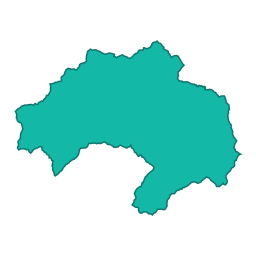 Ba Che, Quảng Ninh, Vietnam (Robinson projection)
{"feature_id": "81297802B18420716282175", "entity_name": "Ba Che", "entity_type": "district", "adm_level": 2, "iso_a3": "VNM", "parent_name": "Vietnam", "parent_adm1": "Quảng Ninh", "projection": "robinson", "projection_center": [107.168, 21.26], "detail": "fine", "context": "isolated", "style": "filled", "palette": "teal", "viewbox_px": 256, "rotation_deg": 0, "n_neighbors": 0, "source": "geoboundaries", "source_scale": "gbopen_adm2", "svg_char_len": 5762}
<svg xmlns="http://www.w3.org/2000/svg" viewBox="0 0 256 256"><path d="M178.1,56.2L177.8,56.3L177.2,55.8L176.2,55.6L174.6,55.7L172.9,56.4L171.5,57.6L171.2,57.6L171.2,57.3L169.8,54.4L169.2,53.7L168.3,53.5L168.2,51.4L167.0,50.5L165.8,50.2L165.3,49.8L163.5,48.8L163.4,48.6L163.9,47.4L163.7,46.9L162.7,46.4L160.6,43.5L159.5,43.3L158.7,42.9L157.1,41.1L156.0,42.0L154.2,42.2L152.9,42.7L151.9,44.3L151.5,45.5L149.7,47.8L148.7,48.0L147.1,48.7L145.6,48.4L144.1,47.7L143.6,47.9L143.5,48.9L142.8,50.2L139.4,50.0L137.9,51.9L137.7,53.0L135.8,53.5L134.3,54.4L132.7,56.4L130.8,58.0L129.0,58.4L128.5,58.2L126.3,56.6L124.1,56.1L122.7,54.9L121.6,55.1L118.8,56.4L117.9,56.7L116.7,57.6L115.7,57.0L113.7,56.3L114.6,54.4L114.5,54.2L113.6,54.2L112.1,53.5L109.4,53.1L105.0,54.3L103.6,53.6L102.8,53.4L101.9,52.8L101.3,52.6L99.8,51.4L97.0,50.6L96.3,50.0L95.7,49.8L93.9,49.9L92.6,50.3L90.5,49.2L88.9,50.5L87.8,51.1L87.6,51.4L87.4,52.4L87.4,53.7L87.0,54.1L86.6,55.4L86.2,59.2L86.6,60.4L86.3,61.1L85.2,62.2L84.5,62.6L81.8,63.5L80.8,63.7L80.5,63.9L79.4,65.0L79.6,66.6L78.7,67.2L77.8,68.0L77.0,69.7L75.5,69.9L74.7,69.2L74.0,68.9L71.8,69.3L69.0,68.5L67.9,68.4L65.7,70.2L65.5,71.2L64.9,72.1L64.8,73.6L64.3,74.1L63.5,75.5L61.4,77.0L61.2,78.3L61.5,80.5L61.4,80.9L60.5,81.3L58.3,81.5L56.9,82.5L55.8,82.2L55.3,82.3L54.0,83.2L50.8,84.0L50.1,83.9L50.7,86.6L50.4,89.6L50.7,90.8L48.4,94.8L47.9,95.2L46.5,95.5L45.7,97.9L43.7,99.6L42.9,101.4L41.6,101.0L39.6,102.2L39.0,102.4L38.4,103.0L37.9,104.1L37.5,104.4L36.8,104.4L35.1,103.6L34.5,104.1L33.8,105.1L32.8,105.0L31.4,104.4L29.8,104.7L28.2,104.6L27.1,105.2L25.2,105.0L24.1,105.2L23.3,105.7L21.4,106.3L20.2,107.8L17.9,108.9L15.4,111.4L15.4,111.7L16.1,112.7L16.5,113.8L16.7,116.0L16.3,117.6L16.9,118.8L17.4,120.7L18.1,121.5L19.3,122.4L20.7,122.6L21.7,123.8L21.7,125.1L22.4,126.6L22.7,128.6L22.7,129.4L22.2,130.3L22.1,130.9L21.5,131.8L20.7,133.6L20.3,138.4L18.0,141.6L18.0,142.4L18.6,144.8L18.5,145.4L17.5,147.4L17.6,148.2L18.7,149.9L20.5,148.9L24.6,148.7L26.4,149.8L28.3,149.6L28.6,149.8L28.9,151.2L29.4,152.1L30.7,153.2L31.4,152.5L33.3,149.9L34.6,148.8L35.5,148.8L36.4,148.1L37.7,147.9L38.5,147.3L39.7,146.7L41.7,146.7L41.9,148.5L42.3,150.3L43.3,150.5L43.8,151.7L44.0,151.9L45.9,152.8L47.1,154.7L48.0,154.9L48.7,155.3L49.3,156.5L49.0,157.7L50.7,158.0L51.6,159.4L51.6,160.2L51.7,160.5L52.4,160.6L53.0,160.9L52.7,163.0L52.3,164.3L52.5,165.0L52.0,166.1L52.9,167.7L52.6,170.0L53.2,170.8L53.6,172.1L54.1,173.0L54.6,175.5L55.3,175.9L57.9,174.1L60.3,171.3L61.2,171.0L62.2,170.0L63.6,167.1L64.8,166.4L65.6,164.6L67.4,164.0L68.1,163.2L68.9,162.8L69.9,161.5L73.3,159.3L74.6,159.0L75.1,158.0L75.8,157.8L77.0,156.6L78.5,154.5L79.5,149.8L80.4,148.5L81.7,148.1L85.8,147.9L86.2,147.3L87.4,146.7L88.7,143.4L90.5,143.6L93.5,143.0L95.9,143.3L96.5,143.7L98.6,143.2L99.9,143.6L101.7,143.1L104.0,141.9L104.8,142.1L105.6,142.6L106.4,143.0L107.0,143.6L107.1,144.1L107.5,144.4L108.1,144.3L110.7,144.8L111.6,145.5L112.8,146.0L113.5,147.1L115.9,147.4L116.7,146.9L118.0,147.0L118.7,146.2L120.1,145.3L120.7,145.2L123.3,146.7L124.5,147.0L126.5,148.0L127.6,147.6L128.0,147.1L129.7,146.6L130.4,146.0L130.8,145.4L130.9,146.3L131.4,147.6L131.9,148.1L133.2,148.9L133.7,149.5L134.3,151.1L134.4,152.1L136.4,153.1L137.0,154.5L138.4,156.3L138.9,156.3L140.3,155.1L141.1,155.0L142.0,157.1L142.9,157.0L143.7,157.6L145.5,160.1L146.1,161.5L146.6,162.0L148.4,162.7L150.1,164.1L151.2,164.6L153.3,166.3L153.9,167.3L153.8,168.1L152.8,170.2L149.9,172.4L147.3,174.8L146.3,176.2L145.3,177.0L143.0,182.6L142.4,182.4L142.2,182.5L141.2,186.2L140.7,186.5L139.6,186.8L137.0,188.7L136.0,190.0L134.6,192.9L134.5,193.9L135.7,196.5L135.9,197.5L135.9,198.2L135.5,199.3L134.2,200.0L133.9,202.4L133.5,203.2L132.3,204.5L132.3,205.1L132.6,205.4L133.5,205.6L134.7,206.8L135.8,207.2L137.9,207.4L138.4,207.7L138.5,210.2L138.8,211.2L139.6,212.5L140.8,213.2L142.0,213.0L143.5,212.0L146.4,212.0L147.1,212.3L148.6,213.8L151.1,214.0L152.4,214.9L153.6,213.3L155.2,212.7L155.9,212.1L157.6,209.2L162.3,209.2L163.6,209.7L164.7,209.5L165.6,208.7L166.3,207.0L166.9,206.6L167.0,205.1L166.9,203.3L167.4,200.2L169.1,197.9L170.4,194.6L171.1,194.4L172.3,193.6L173.9,193.8L174.5,193.6L176.6,190.7L178.8,190.2L180.6,189.1L181.9,189.2L182.5,187.7L184.0,187.7L185.9,186.5L186.8,186.4L191.6,182.4L193.0,181.9L195.0,181.9L197.8,183.3L200.8,182.1L201.2,181.9L202.0,180.3L202.6,180.1L206.5,177.0L208.8,177.9L209.7,178.6L210.9,180.4L214.3,182.9L215.7,184.2L216.6,186.5L218.6,186.4L219.2,186.7L223.3,183.3L223.8,184.3L224.2,184.6L224.9,184.8L225.6,184.6L227.0,182.9L227.2,182.2L227.1,180.4L225.9,177.5L226.1,175.3L228.8,172.0L229.6,171.6L231.2,169.1L231.6,168.1L233.1,167.3L234.5,166.0L234.6,165.4L234.4,163.2L235.0,160.6L235.2,160.3L236.4,160.3L236.7,158.2L238.2,155.7L239.4,154.6L240.6,154.2L238.5,153.0L237.1,151.7L235.8,151.6L235.5,150.9L235.2,149.4L234.4,148.7L234.0,147.8L234.3,145.3L236.6,140.7L233.9,137.2L233.0,135.5L232.4,133.1L232.7,132.3L232.7,131.6L231.1,127.5L231.1,124.8L230.7,124.2L229.7,123.3L228.5,120.4L227.9,116.1L227.8,114.5L228.5,113.3L228.3,110.9L229.3,109.5L228.9,105.0L225.9,102.2L226.1,100.8L224.4,96.0L221.0,96.0L218.9,97.2L218.1,95.5L216.1,93.6L215.7,92.4L214.6,92.3L213.6,91.5L213.0,90.6L211.2,89.6L210.4,89.7L209.9,89.3L209.6,89.3L209.1,89.4L208.6,90.0L207.7,89.6L206.9,89.8L206.0,89.6L205.2,89.7L205.3,89.0L204.7,88.2L205.3,88.1L205.5,87.7L205.2,86.9L204.5,86.4L202.6,86.7L201.7,85.8L201.4,85.9L201.2,86.3L200.7,86.3L200.2,86.0L199.6,85.4L199.3,85.4L198.7,85.6L198.2,86.7L197.6,86.2L196.9,86.3L196.8,85.4L196.5,85.0L196.2,85.0L195.4,85.5L194.6,84.2L193.8,84.2L193.2,84.5L192.9,84.1L191.2,83.8L187.4,81.8L183.2,82.0L182.3,81.3L179.0,80.8L177.5,78.3L178.5,75.9L178.0,73.7L178.0,72.9L178.1,72.1L180.0,70.3L181.4,68.0L184.0,65.2L183.9,65.0L182.7,64.0L178.1,56.2Z" fill="#14b8a6" stroke="#0f766e" stroke-width="1.5"/></svg>